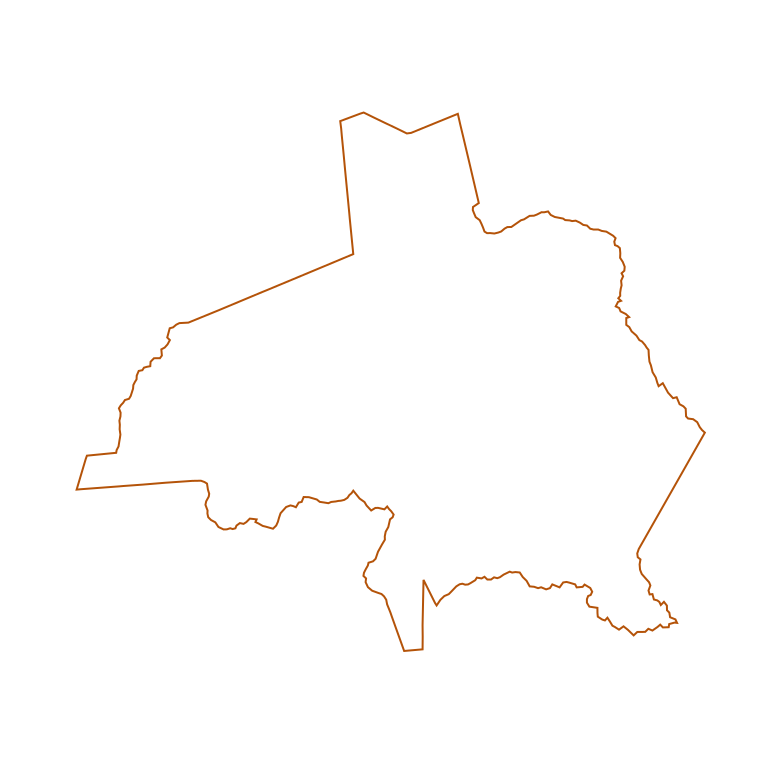 the district of Ouricuri, Pernambuco, Brazil, rotated 355°
{"feature_id": "56859067B94124885213044", "entity_name": "Ouricuri", "entity_type": "district", "adm_level": 2, "iso_a3": "BRA", "parent_name": "Brazil", "parent_adm1": "Pernambuco", "projection": "robinson", "projection_center": [-40.162, -7.951], "detail": "fine", "context": "isolated", "style": "outline", "palette": "amber", "viewbox_px": 768, "rotation_deg": 355, "n_neighbors": 0, "source": "geoboundaries", "source_scale": "gbopen_adm2", "svg_char_len": 4673}
<svg xmlns="http://www.w3.org/2000/svg" viewBox="0 0 768 768"><g transform="rotate(355 384 384)"><path d="M68.6,462.4L73.0,462.4L111.2,462.9L115.2,462.9L134.9,463.2L157.1,463.3L184.8,463.8L193.2,464.4L196.6,466.0L199.0,467.8L199.4,473.9L200.3,478.1L199.6,480.9L196.6,485.4L195.6,488.8L197.2,494.6L196.8,497.7L197.3,501.4L199.8,504.4L203.9,507.1L206.6,512.0L211.5,514.9L214.8,515.1L218.2,514.3L220.6,515.3L223.4,514.8L224.7,512.2L228.3,510.0L231.9,511.1L234.8,509.6L238.6,506.4L241.6,507.0L245.3,507.8L243.9,510.3L246.8,512.0L250.8,514.8L254.0,515.9L260.8,518.5L264.3,515.6L266.3,512.0L267.8,508.0L269.7,503.7L275.8,498.0L280.2,496.8L282.9,497.7L285.5,499.1L288.7,494.7L291.7,494.3L294.1,489.6L299.3,490.2L307.0,493.2L309.7,495.8L314.3,496.9L318.2,497.9L321.1,496.9L325.7,496.8L328.3,496.5L330.9,496.5L334.3,496.0L337.7,494.2L339.8,491.6L342.1,490.0L344.1,487.6L349.7,496.0L354.3,499.9L356.0,503.5L360.2,508.9L364.6,506.7L367.4,506.9L373.5,508.9L376.5,506.3L378.2,509.1L380.1,511.4L382.2,514.9L381.0,517.5L378.2,519.4L375.8,526.9L372.8,531.3L371.5,535.8L371.3,539.2L368.1,543.6L363.4,550.6L360.4,557.4L357.6,559.7L353.0,560.7L352.1,563.4L349.5,567.2L347.6,570.3L346.8,573.4L349.2,576.1L348.4,579.8L350.3,585.0L354.2,588.9L360.2,591.7L363.2,593.0L365.5,595.5L367.4,599.1L367.9,603.8L369.3,608.3L370.5,612.3L371.4,615.9L374.4,627.4L380.8,651.7L399.3,651.7L400.5,639.4L401.4,627.6L406.3,582.6L415.8,606.7L417.1,609.2L421.4,603.9L425.6,600.5L430.2,599.0L432.8,596.8L438.4,591.9L441.9,590.1L444.7,589.8L447.4,591.0L450.3,591.0L452.8,589.9L457.8,587.4L459.6,585.0L464.3,586.2L467.3,584.8L469.9,587.8L473.6,588.1L476.8,586.2L479.9,587.3L482.6,586.6L486.6,584.3L492.9,581.9L495.2,583.0L498.5,582.8L502.8,583.6L505.4,588.4L508.9,592.5L511.5,598.3L515.9,599.1L519.7,600.8L522.8,600.2L527.6,602.7L531.5,601.8L534.2,598.3L541.2,601.9L545.2,597.3L548.6,597.1L551.2,598.0L557.0,600.3L558.2,603.4L564.2,603.4L566.3,601.3L571.7,605.2L573.3,609.1L571.5,612.2L568.9,613.0L567.4,616.0L567.1,619.5L569.2,623.7L577.1,625.6L576.7,630.8L576.7,634.4L580.9,637.7L583.5,638.8L586.2,636.3L588.4,640.4L590.5,644.7L592.7,646.1L596.7,649.2L601.5,646.3L605.6,650.2L610.8,656.2L614.7,653.1L622.6,653.7L626.0,650.9L629.9,653.0L635.3,649.9L638.2,647.8L640.6,650.8L646.4,651.1L647.2,648.0L652.7,647.0L655.1,647.5L653.8,643.9L648.7,641.3L648.3,636.6L646.2,634.1L646.5,629.4L643.9,625.4L640.5,628.3L639.3,625.1L637.4,623.4L634.1,622.2L633.1,616.7L630.3,616.8L629.5,612.8L631.8,607.9L630.8,604.6L628.6,601.7L624.2,595.7L622.9,591.3L622.9,586.0L624.2,581.1L621.7,578.7L621.5,574.9L623.4,570.6L667.5,506.7L699.4,460.4L696.8,457.6L694.8,454.5L692.7,449.3L688.9,446.0L683.9,444.9L682.1,442.6L682.4,434.9L680.3,432.3L676.7,429.9L674.4,422.7L670.7,423.3L666.2,417.4L661.8,407.5L657.4,410.1L656.4,406.7L655.3,401.2L652.6,395.7L651.5,388.6L650.4,384.9L650.3,378.7L650.5,373.1L648.8,370.6L647.5,368.0L644.8,364.2L642.2,362.5L639.7,357.8L635.3,353.2L633.3,348.7L630.5,346.2L631.1,339.4L634.0,338.7L630.9,335.3L626.0,332.3L624.9,328.8L621.6,326.9L624.3,322.6L627.4,321.8L624.9,319.0L627.0,316.8L627.2,313.7L628.2,309.6L629.3,306.4L629.2,301.8L631.6,297.5L630.3,294.4L633.3,292.1L634.0,288.2L632.5,283.2L630.2,278.9L630.8,274.3L630.8,269.2L628.7,267.0L626.2,265.8L625.8,262.3L627.4,258.9L625.2,256.3L618.8,251.6L614.3,250.5L610.9,248.8L606.3,248.4L603.0,247.3L600.0,243.8L596.4,242.9L593.2,240.3L589.2,238.0L585.6,238.1L583.2,237.2L578.8,236.5L576.8,234.8L568.7,232.5L564.8,230.1L562.5,226.4L558.5,226.9L555.9,226.6L550.9,228.6L548.0,229.4L543.7,229.2L537.8,232.2L534.8,232.8L524.5,238.7L520.6,238.4L517.7,239.7L514.0,242.3L511.0,243.1L507.1,243.7L502.9,242.9L499.8,242.7L497.4,240.9L496.3,236.8L495.0,232.8L493.6,229.1L489.9,225.8L488.5,221.5L487.6,218.4L488.1,215.4L494.2,212.0L488.3,170.9L484.4,144.3L482.6,132.3L481.1,121.3L457.1,128.7L432.9,136.2L428.6,136.4L418.0,130.0L407.6,123.9L396.5,117.3L390.4,113.6L387.4,111.8L383.9,112.6L363.3,118.3L363.6,125.8L363.6,132.6L363.8,151.9L363.9,168.3L364.3,211.2L364.3,216.0L364.7,251.9L329.6,263.1L286.2,276.9L275.5,280.3L270.6,281.8L225.8,296.1L198.0,304.7L194.5,305.8L185.5,305.5L182.2,306.8L178.8,309.2L175.4,309.8L173.1,316.1L172.1,318.8L174.5,321.6L171.8,325.7L168.7,328.6L165.2,330.1L165.2,336.3L163.0,338.8L159.9,338.5L157.1,338.3L153.4,341.5L152.7,345.9L149.4,346.2L146.3,346.8L144.5,349.2L140.8,349.6L138.4,354.1L137.9,357.8L136.0,360.3L134.2,363.2L133.6,366.8L132.0,370.6L130.6,373.9L128.7,376.5L124.5,377.4L122.5,380.0L119.9,382.3L117.8,385.1L119.1,389.6L118.6,393.4L117.2,397.5L117.3,401.5L116.7,406.1L117.0,411.4L116.2,414.8L115.3,418.2L114.1,423.1L111.9,426.5L111.2,429.2L81.8,429.5L80.3,432.8L68.6,462.4Z" fill="none" stroke="#b45309" stroke-width="2"/></g></svg>